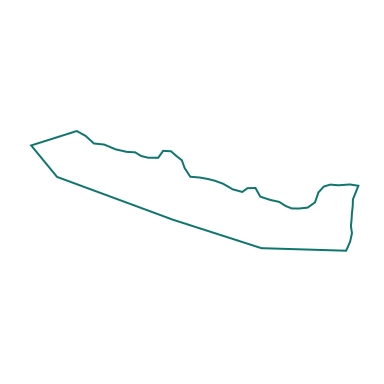 outline of Logradouro, Paraíba, Brazil, rotated 96°
{"feature_id": "56859067B98987286489864", "entity_name": "Logradouro", "entity_type": "district", "adm_level": 2, "iso_a3": "BRA", "parent_name": "Brazil", "parent_adm1": "Paraíba", "projection": "natural_earth1", "projection_center": [-35.434, -6.559], "detail": "fine", "context": "isolated", "style": "outline", "palette": "teal", "viewbox_px": 384, "rotation_deg": 96, "n_neighbors": 0, "source": "geoboundaries", "source_scale": "gbopen_adm2", "svg_char_len": 781}
<svg xmlns="http://www.w3.org/2000/svg" viewBox="0 0 384 384"><g transform="rotate(96 192 192)"><path d="M168.4,27.2L168.0,35.8L170.0,47.0L170.2,55.2L172.8,61.5L179.2,66.2L189.5,68.6L195.5,75.5L197.3,84.2L197.9,91.1L196.1,97.5L192.7,104.3L191.7,113.4L189.5,123.6L181.4,129.3L182.4,137.2L186.7,142.0L185.1,151.7L180.5,162.1L178.4,170.5L177.4,177.6L176.8,185.6L177.0,195.3L169.0,201.8L161.5,205.4L157.9,211.2L153.7,217.1L154.1,225.0L161.5,229.2L162.5,239.1L161.5,246.4L158.5,252.7L158.9,261.1L157.5,272.7L154.0,284.2L154.0,294.6L147.4,303.6L143.4,313.0L162.5,356.8L191.1,327.8L212.2,244.8L221.5,208.4L238.8,125.7L240.6,117.1L234.3,32.6L225.1,29.6L216.3,28.6L209.2,30.4L203.5,30.4L196.4,30.7L188.5,30.7L182.6,31.2L168.4,27.2Z" fill="none" stroke="#0f766e" stroke-width="2"/></g></svg>